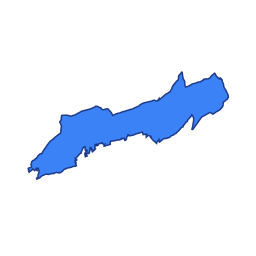 Grozesti, Mehedinti, Romania, rotated 310°
{"feature_id": "2599482B51368795082410", "entity_name": "Grozesti", "entity_type": "district", "adm_level": 2, "iso_a3": "ROU", "parent_name": "Romania", "parent_adm1": "Mehedinti", "projection": "equal_earth", "projection_center": [23.327, 44.633], "detail": "fine", "context": "isolated", "style": "filled", "palette": "blue", "viewbox_px": 256, "rotation_deg": 310, "n_neighbors": 0, "source": "geoboundaries", "source_scale": "gbopen_adm2", "svg_char_len": 5808}
<svg xmlns="http://www.w3.org/2000/svg" viewBox="0 0 256 256"><g transform="rotate(310 128 128)"><path d="M151.9,122.3L151.6,122.1L148.1,120.3L145.0,119.0L144.1,118.3L143.7,117.8L142.2,117.0L139.9,115.4L138.4,114.7L137.3,113.5L136.5,113.3L135.6,112.7L134.4,112.2L133.2,111.1L131.9,110.3L131.1,109.7L127.9,108.4L129.2,104.6L129.4,103.4L129.5,101.2L129.7,100.6L129.7,100.3L129.5,100.2L129.0,99.3L126.0,97.3L125.7,96.3L125.6,95.4L126.0,94.3L125.5,93.1L125.1,91.7L125.0,90.7L124.7,90.3L124.2,89.8L123.9,89.2L123.3,89.3L118.7,87.1L111.6,82.1L111.5,81.9L102.9,78.6L102.6,77.9L101.5,77.3L101.1,77.4L100.5,77.0L98.5,72.8L97.7,72.1L97.0,71.1L95.8,69.8L94.9,69.2L93.0,70.3L92.2,71.0L90.7,71.8L89.0,71.7L88.7,71.9L88.5,72.3L88.1,73.4L86.6,76.0L85.6,76.4L83.6,77.7L82.4,78.7L80.6,79.7L80.1,79.6L78.5,79.0L74.4,78.2L73.4,77.9L70.8,77.7L69.7,77.3L67.9,77.0L66.6,76.9L61.2,77.3L57.1,77.7L56.8,77.8L55.6,77.8L54.2,78.2L52.6,78.3L52.5,77.8L50.8,77.0L50.3,77.1L48.7,76.9L47.6,77.2L45.8,77.2L44.9,76.8L43.9,76.8L43.2,76.7L41.7,76.0L40.5,75.9L37.7,77.2L37.4,77.6L37.3,77.9L37.0,78.2L36.5,78.9L36.1,79.2L33.0,77.5L31.4,79.3L31.7,79.3L30.7,80.7L31.7,80.8L33.4,81.3L33.7,81.2L34.6,81.5L35.4,81.4L35.6,81.6L35.3,83.8L36.7,83.9L37.1,84.0L36.9,85.7L37.5,85.5L37.9,84.0L38.1,84.0L38.2,83.7L38.4,83.7L38.4,84.0L39.4,85.2L38.3,86.8L38.2,87.3L37.1,88.0L36.6,88.4L34.4,89.2L33.9,89.5L33.4,90.2L32.9,90.4L30.7,90.3L30.3,91.0L33.0,92.4L34.3,92.5L36.2,92.9L38.0,93.9L39.1,94.2L39.8,94.8L40.4,95.6L40.8,95.9L41.0,96.5L41.5,97.1L44.0,98.8L44.1,99.1L44.8,99.5L45.1,100.1L45.6,100.5L45.8,100.7L46.4,100.6L48.0,101.7L49.2,104.0L50.0,104.7L52.5,105.6L54.3,105.5L55.6,105.9L57.5,107.0L58.1,107.1L58.8,107.6L60.0,108.7L61.3,109.7L63.0,110.5L65.0,112.3L65.9,112.7L66.6,111.4L66.9,111.4L67.1,111.1L67.9,110.7L68.1,110.2L67.7,110.1L68.0,109.7L67.9,109.6L68.4,108.8L68.7,108.9L69.1,108.5L69.3,108.6L69.9,109.3L70.4,109.4L70.7,109.1L70.2,108.9L70.2,108.7L70.4,108.4L70.4,108.1L70.8,107.1L71.6,107.5L78.2,107.8L78.5,108.2L78.8,108.2L79.4,107.8L81.6,107.0L83.1,106.6L85.0,106.3L86.1,107.2L85.2,107.8L84.3,108.7L83.8,109.2L83.4,109.8L84.2,110.2L84.2,110.6L84.5,110.9L84.1,111.2L83.5,111.2L83.4,110.9L83.2,111.0L83.2,111.6L82.1,111.2L81.6,111.4L81.3,111.2L80.9,111.2L80.3,111.7L78.6,113.8L79.8,114.3L80.2,114.7L80.5,114.4L79.8,114.0L80.0,113.9L80.3,113.9L80.3,113.6L80.4,113.4L81.4,112.6L82.4,113.2L82.4,113.4L83.7,114.2L83.6,114.4L83.8,114.4L84.6,113.8L84.9,114.0L86.9,112.9L88.7,111.6L89.2,112.3L88.8,112.6L88.4,113.3L88.5,113.5L87.8,114.2L87.8,114.5L88.3,114.4L88.3,114.5L88.2,114.9L87.8,115.2L87.1,115.5L86.8,115.9L87.0,116.2L88.3,116.1L89.1,116.5L90.5,116.5L90.3,116.3L90.7,116.3L91.5,115.7L91.5,115.2L92.7,114.6L93.9,113.6L94.3,113.6L94.7,113.8L95.2,114.3L93.9,114.9L94.9,115.9L95.3,116.1L95.9,116.1L96.2,115.5L96.7,115.6L97.4,116.0L99.3,117.6L99.6,117.3L100.2,117.7L99.6,118.5L99.9,119.2L99.7,119.8L99.9,120.1L100.6,120.6L99.2,121.0L98.7,121.4L104.0,124.9L106.4,123.1L109.9,126.1L112.8,128.2L113.0,128.9L115.0,130.1L115.7,129.6L116.1,129.8L116.2,130.7L117.7,131.5L117.5,132.1L116.4,133.4L116.6,133.7L118.1,134.2L120.2,132.8L120.5,132.9L121.3,132.9L121.9,132.7L122.8,132.2L123.2,132.6L122.6,133.1L123.0,133.2L123.1,133.5L122.9,134.1L125.9,136.6L127.1,137.2L127.3,137.4L127.8,137.4L134.2,141.7L133.1,143.1L132.7,143.9L135.1,146.0L134.2,146.5L132.7,147.9L133.7,148.0L135.4,148.0L135.4,148.3L135.9,149.9L135.9,150.5L135.5,151.0L136.2,151.1L135.4,152.2L134.8,153.9L134.7,157.7L134.6,159.8L135.8,159.2L139.1,159.1L138.6,159.7L137.9,160.3L137.4,160.9L137.5,161.3L139.2,161.5L140.1,161.8L140.7,161.7L142.5,162.2L143.2,162.6L143.6,163.1L146.1,165.0L147.6,165.9L149.9,166.1L150.2,166.4L151.0,166.6L151.1,166.8L151.6,167.0L151.8,167.3L153.3,167.5L155.0,168.3L156.6,168.3L158.7,168.7L159.3,168.5L160.0,168.7L162.1,168.5L163.0,168.8L164.2,169.4L165.3,168.9L166.4,168.8L167.0,169.0L168.6,168.6L169.1,168.6L171.4,169.2L172.0,168.6L177.8,168.8L179.1,168.4L179.0,169.5L178.7,170.2L178.1,171.1L177.9,171.8L177.5,172.2L174.6,174.4L174.0,174.5L173.3,175.0L172.9,175.4L172.5,175.5L169.4,177.2L168.5,177.6L167.5,177.8L168.4,177.8L168.3,178.3L168.4,178.5L172.3,178.3L183.4,177.4L184.1,177.5L192.6,180.8L193.3,183.1L193.0,183.7L193.7,184.4L197.5,185.3L197.9,185.6L200.9,186.7L205.1,186.8L206.4,186.3L208.1,185.0L209.1,184.6L210.2,184.6L211.0,185.0L211.8,185.0L213.0,185.1L213.6,185.5L214.7,185.4L215.2,185.1L215.8,185.3L217.2,183.9L217.6,183.1L218.0,182.9L218.1,182.5L218.7,181.0L219.7,179.1L220.6,176.0L221.9,173.9L222.6,173.4L223.0,172.9L223.8,171.4L224.1,170.4L225.3,169.4L225.7,167.0L225.0,167.2L224.5,166.9L224.7,165.9L224.3,166.0L224.5,163.5L224.3,162.6L224.4,162.2L224.8,161.6L225.3,160.4L225.7,159.2L225.3,159.0L223.7,158.9L222.2,158.4L220.6,158.4L219.6,158.7L218.9,158.5L217.1,157.8L216.6,157.4L216.0,156.3L213.2,154.8L213.4,154.7L211.8,154.4L211.0,154.0L209.9,153.8L209.5,153.5L208.2,152.1L206.7,151.5L205.7,150.8L205.0,150.5L204.2,149.8L203.0,148.9L198.7,147.4L196.5,145.9L196.9,144.8L197.1,144.5L197.1,144.3L199.5,142.0L200.1,141.6L200.3,141.2L200.6,140.1L201.2,138.9L201.1,138.6L201.4,138.1L202.0,137.7L203.1,136.2L203.4,136.0L204.3,135.0L204.5,134.6L205.2,134.1L205.5,133.7L205.4,133.3L203.1,133.3L202.0,133.2L201.3,133.3L200.6,133.3L200.1,133.5L200.0,133.8L199.8,134.0L199.1,134.3L198.3,134.9L197.3,135.4L196.3,135.5L194.8,135.0L193.5,135.3L192.5,135.1L191.8,135.4L190.7,135.1L190.2,135.3L189.7,135.2L189.3,135.4L189.0,135.3L188.4,135.5L187.8,135.5L186.5,136.2L185.5,136.4L184.5,136.5L183.0,137.0L181.8,136.5L179.5,135.9L179.1,135.6L178.2,135.2L174.7,134.7L169.5,133.7L170.4,132.9L167.9,133.0L166.9,132.6L166.7,131.9L166.5,131.5L166.3,130.3L166.0,130.0L165.2,129.5L163.7,128.8L162.6,127.9L160.4,126.3L158.8,125.0L158.3,124.7L157.9,124.2L156.7,123.8L156.1,123.3L155.5,123.1L153.8,122.3L151.9,122.3Z" fill="#3b82f6" stroke="#1e3a8a" stroke-width="1.5"/></g></svg>